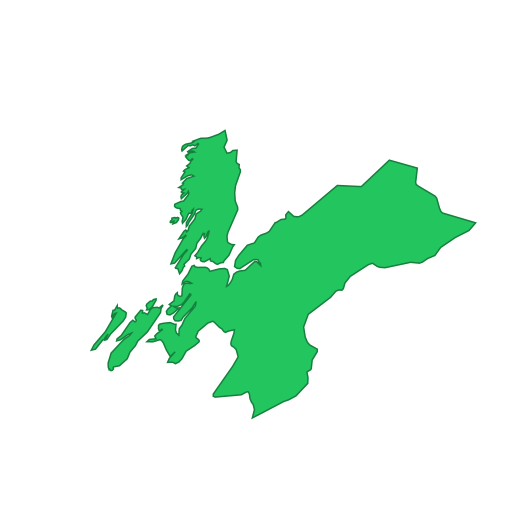 map outline of Sør-Trøndelag (Robinson projection), rotated 318°
{"feature_id": "NOR-911", "entity_name": "Sør-Trøndelag", "entity_type": "County", "adm_level": 1, "iso_a3": "NOR", "parent_name": "Norway", "parent_adm1": "", "projection": "robinson", "projection_center": [9.786, 63.353], "detail": "fine", "context": "isolated", "style": "filled", "palette": "green", "viewbox_px": 512, "rotation_deg": 318, "n_neighbors": 0, "source": "natural_earth", "source_scale": "10m", "svg_char_len": 6147}
<svg xmlns="http://www.w3.org/2000/svg" viewBox="0 0 512 512"><g transform="rotate(318 256 256)"><path d="M419.2,274.0L434.7,298.6L423.9,308.1L422.9,310.0L423.3,312.5L429.1,331.1L429.0,333.9L424.4,343.1L423.2,346.5L423.4,348.9L441.4,378.3L431.4,379.6L416.5,375.6L398.9,373.2L389.3,375.3L381.8,372.7L375.6,371.9L372.7,370.7L366.6,364.1L344.0,351.0L340.5,347.3L339.2,345.0L337.7,339.3L333.7,337.6L312.4,334.2L304.0,335.6L299.1,338.7L297.0,338.9L294.7,336.6L291.8,335.6L283.7,336.6L255.8,334.3L243.9,340.6L238.4,349.0L236.5,354.3L236.4,358.1L239.2,366.3L237.5,368.1L228.1,370.9L221.7,376.7L220.4,377.1L216.7,376.3L216.0,376.6L213.3,381.1L209.2,385.3L192.0,386.7L183.9,384.7L179.3,382.7L144.9,373.9L152.0,369.2L154.5,364.6L154.9,361.4L156.0,358.2L158.8,354.0L159.3,351.6L158.0,350.7L152.2,349.3L131.2,333.5L130.4,331.6L131.9,330.0L164.8,322.4L175.3,319.0L178.6,312.4L178.6,309.1L177.7,306.3L178.4,304.6L180.5,302.8L188.3,298.4L190.6,296.3L184.9,293.2L182.2,292.4L181.6,290.5L181.9,287.3L181.1,284.6L180.7,277.1L180.1,275.5L175.3,273.6L162.8,273.2L157.4,275.6L156.8,276.7L157.4,279.5L157.1,281.1L156.0,281.7L150.4,281.5L140.4,280.0L132.2,282.8L127.9,283.2L124.0,282.1L123.1,279.2L119.1,275.9L123.2,274.1L131.8,273.1L125.0,273.3L126.5,265.9L129.0,258.6L129.3,255.7L128.8,254.0L122.0,250.8L117.6,246.7L121.0,246.7L126.3,250.6L127.2,247.7L130.4,247.4L137.0,248.1L137.0,247.3L134.8,247.3L134.2,246.3L134.9,244.7L137.3,242.3L138.9,242.2L142.1,244.0L147.7,248.1L149.7,252.2L150.9,253.2L146.6,257.2L145.3,260.0L145.7,263.2L150.3,258.7L154.8,257.8L161.5,254.8L177.2,252.7L181.1,249.8L173.4,251.9L161.1,252.6L157.2,253.7L154.8,252.3L152.6,250.1L152.8,247.7L154.0,246.1L181.6,241.4L181.8,240.3L181.5,239.8L170.7,242.3L167.9,242.2L163.5,240.7L161.0,238.2L161.9,241.4L164.1,243.1L156.6,243.1L152.6,242.2L150.9,239.9L152.2,237.3L155.0,236.5L159.7,236.5L159.1,234.0L165.1,234.4L168.8,231.4L171.1,230.5L173.0,230.6L172.0,231.7L171.7,233.1L172.1,234.5L173.0,235.6L174.4,235.9L179.6,230.7L182.8,228.9L185.0,229.1L186.6,230.0L188.7,232.6L190.0,233.2L188.8,230.2L187.5,228.4L185.5,227.6L182.4,227.3L184.8,225.6L193.2,224.0L201.5,220.7L203.8,221.6L203.5,223.5L205.3,225.7L210.8,230.5L211.8,232.3L212.1,234.3L211.4,236.5L219.9,240.9L224.4,244.3L225.6,246.9L222.6,253.1L213.9,258.9L216.0,259.3L219.5,258.6L222.9,257.4L227.3,254.7L230.5,254.9L233.6,256.1L238.4,259.4L251.5,259.2L252.7,260.7L253.1,266.4L254.3,264.6L254.3,261.8L255.0,260.2L253.7,258.6L251.8,257.1L235.5,254.5L233.7,252.5L233.0,249.5L237.9,245.6L243.6,244.0L256.8,242.2L263.5,245.2L270.3,243.4L273.5,243.7L279.4,246.1L282.3,246.6L292.7,244.0L293.2,244.6L299.0,245.6L302.6,248.2L303.8,247.7L305.5,245.4L309.8,244.7L310.6,251.9L313.5,255.1L315.1,255.8L317.9,256.5L363.6,258.0L380.7,274.9L419.2,274.0ZM247.4,233.1L244.5,233.7L236.6,237.3L229.0,238.2L227.4,239.0L225.1,237.4L221.7,236.4L220.8,234.3L220.4,231.6L218.9,229.1L220.2,227.3L213.9,225.8L212.5,224.4L211.8,222.8L212.1,221.4L213.9,220.7L212.4,218.9L210.1,218.2L211.4,216.7L210.7,214.9L214.8,214.4L222.2,212.1L229.1,211.1L232.5,209.7L238.4,205.8L236.1,206.0L231.9,208.1L229.6,208.3L230.8,206.0L232.7,204.9L231.8,203.8L226.7,205.8L220.6,207.0L216.1,210.1L208.9,211.1L204.3,213.7L196.9,214.0L196.3,215.8L194.4,215.8L191.2,217.4L187.3,218.1L189.5,213.1L188.1,211.5L188.1,210.8L203.4,206.3L208.8,205.8L208.8,204.9L190.8,206.8L187.5,204.9L198.2,199.5L213.7,194.4L217.6,194.2L217.6,193.4L213.6,193.3L210.1,191.7L219.2,189.4L221.1,189.6L221.3,190.7L220.6,191.6L222.3,191.7L226.4,189.2L235.3,187.6L239.7,184.7L245.0,185.6L247.1,185.1L244.9,182.8L242.1,181.8L237.9,183.8L228.6,186.1L225.6,187.4L223.9,187.5L226.6,184.6L237.1,181.6L240.8,179.2L239.4,179.2L236.5,180.8L234.5,179.2L228.5,181.9L223.3,182.5L224.1,181.0L227.6,178.4L228.3,174.5L228.9,173.2L230.8,173.3L230.4,171.6L231.4,170.0L229.4,167.6L228.7,166.0L228.9,164.3L230.3,163.2L236.8,165.3L238.9,166.7L246.6,165.3L248.2,164.3L248.9,162.6L246.6,163.4L238.9,163.4L239.8,161.8L241.3,160.8L244.6,161.0L243.3,159.3L243.3,158.4L247.1,158.4L245.3,157.4L245.2,156.4L245.8,155.1L244.5,153.5L249.3,154.2L250.7,153.5L250.2,152.6L256.2,152.1L263.3,155.1L262.4,152.5L258.6,150.6L251.4,149.2L252.7,147.8L259.5,146.0L258.9,144.4L261.1,144.3L265.3,145.5L264.7,142.7L268.8,143.0L271.2,141.9L273.8,141.8L273.8,141.0L270.8,141.1L270.0,139.7L270.1,135.2L272.6,135.2L271.9,134.4L276.2,135.2L280.0,137.7L279.5,136.0L278.2,134.8L275.0,133.5L275.0,132.7L280.7,133.5L283.6,135.7L288.2,134.4L288.2,133.5L284.3,133.3L283.5,131.2L281.0,130.2L279.4,128.5L271.3,128.5L271.9,127.2L274.3,125.6L275.6,125.3L278.6,125.9L283.6,128.8L286.3,129.4L286.0,128.5L293.6,131.5L298.4,135.6L301.0,137.1L309.8,140.6L317.0,142.0L312.0,150.6L305.1,153.7L303.2,160.2L306.3,162.0L309.4,162.1L312.8,164.7L304.3,172.6L303.9,174.8L304.8,176.8L302.4,179.0L302.1,181.4L300.7,183.0L287.9,190.0L282.4,194.8L277.3,201.3L275.0,207.4L273.4,209.4L251.2,219.5L247.7,221.8L244.4,226.3L244.2,227.5L245.4,230.9L247.4,233.1ZM149.0,229.8L153.5,230.0L153.5,230.6L150.3,231.5L147.1,234.2L124.3,239.8L111.3,240.1L106.2,242.0L98.0,243.1L91.6,246.2L81.1,246.2L75.9,243.1L75.1,243.4L74.5,244.6L72.8,244.8L71.8,244.4L71.2,243.6L71.5,242.2L70.8,242.2L71.8,239.8L74.5,236.6L83.4,231.2L102.2,229.6L108.9,230.5L111.9,230.0L108.1,228.6L99.2,227.6L95.6,225.8L97.4,224.6L102.6,224.9L117.9,221.2L121.5,221.3L122.0,224.0L123.3,224.1L124.0,223.7L124.6,221.2L125.3,220.5L134.2,219.2L135.3,220.7L133.4,222.4L135.0,223.6L136.3,226.9L141.8,225.1L144.7,225.3L148.5,228.2L149.0,229.8ZM86.2,215.8L74.4,217.8L70.6,215.8L76.1,213.7L93.2,211.5L113.9,204.9L112.5,204.2L110.7,204.3L107.7,205.8L108.3,204.2L113.4,200.7L114.8,201.6L119.7,200.0L118.4,201.6L118.4,202.4L119.6,202.9L120.1,204.0L120.3,206.6L121.4,209.8L121.5,211.5L118.3,214.2L113.9,215.4L95.7,216.7L89.3,218.3L87.5,217.4L93.9,214.9L88.8,215.8L87.5,216.7L86.2,215.8ZM150.6,219.7L153.1,221.0L152.2,222.0L144.4,224.5L140.1,224.0L138.6,222.8L140.2,222.1L141.2,219.4L142.7,218.7L147.3,218.8L148.7,220.0L150.6,219.7ZM221.7,174.1L223.6,174.9L224.0,176.2L222.6,177.2L219.2,177.9L215.7,176.5L218.2,175.2L215.1,174.4L214.8,173.6L215.5,172.9L217.7,172.9L218.9,171.6L221.5,173.1L221.7,174.1Z" fill="#22c55e" stroke="#15803d" stroke-width="1.5"/></g></svg>